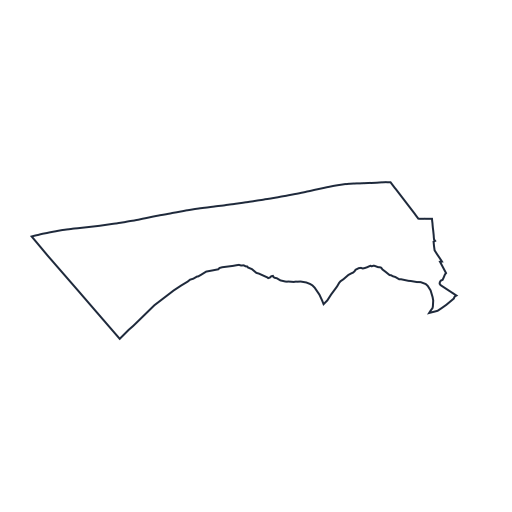 outline of Mostardas, Rio Grande do Sul, Brazil, rotated 229°
{"feature_id": "56859067B36086457768432", "entity_name": "Mostardas", "entity_type": "district", "adm_level": 2, "iso_a3": "BRA", "parent_name": "Brazil", "parent_adm1": "Rio Grande do Sul", "projection": "albers", "projection_center": [-50.76, -30.853], "detail": "fine", "context": "isolated", "style": "outline", "palette": "slate", "viewbox_px": 512, "rotation_deg": 229, "n_neighbors": 0, "source": "geoboundaries", "source_scale": "gbopen_adm2", "svg_char_len": 3966}
<svg xmlns="http://www.w3.org/2000/svg" viewBox="0 0 512 512"><g transform="rotate(229 256 256)"><path d="M417.9,99.5L393.2,99.0L374.4,99.0L371.4,99.0L345.7,99.0L320.9,98.9L282.9,98.8L283.8,111.5L283.8,117.5L285.5,147.1L284.4,164.6L284.0,171.3L282.8,180.3L281.5,187.7L281.4,190.7L280.0,193.8L279.2,198.0L278.5,199.0L277.9,202.0L276.9,208.2L273.6,213.8L271.6,217.3L270.7,218.8L270.9,220.6L269.7,223.1L263.6,232.2L261.9,235.1L260.5,237.3L258.6,238.5L257.0,240.6L255.0,241.4L253.8,242.5L252.6,242.4L248.8,244.3L243.0,245.2L240.9,246.6L232.4,250.5L231.3,250.7L230.6,252.4L230.7,254.2L229.9,255.7L228.6,255.4L227.3,255.8L225.6,257.1L221.6,258.4L217.6,261.3L216.3,262.5L215.6,263.6L211.7,267.4L210.5,269.3L209.5,270.3L207.5,272.9L203.0,276.6L199.3,278.5L196.8,279.3L193.6,279.5L185.2,278.5L179.0,276.7L175.3,275.4L175.7,280.7L177.7,287.6L179.4,295.3L179.9,297.4L181.2,301.2L181.5,303.2L181.1,306.8L181.1,313.3L180.3,316.8L179.8,318.2L179.8,320.4L180.3,322.1L179.4,325.6L178.2,327.4L176.5,328.4L175.5,330.3L174.6,332.5L174.0,334.6L173.5,336.0L172.4,336.5L171.4,338.6L170.1,339.4L167.5,340.8L166.1,342.2L165.0,342.8L162.9,342.6L159.1,343.4L154.0,344.3L152.7,345.4L151.1,345.9L148.7,347.4L144.5,348.8L143.3,350.2L137.2,354.8L135.6,356.4L130.7,360.4L128.3,363.1L123.5,365.7L120.8,366.0L115.5,365.2L109.1,362.3L106.1,360.5L101.9,356.4L100.9,355.1L100.2,352.0L99.4,349.3L95.5,357.1L94.9,361.7L94.3,367.5L94.1,377.4L94.8,378.6L95.0,379.9L94.7,381.3L111.8,376.5L113.0,376.2L114.6,376.4L115.6,377.5L116.2,379.3L115.6,381.2L116.4,383.0L117.0,384.3L117.6,385.4L118.2,386.8L118.4,388.2L130.9,391.1L129.8,392.7L134.2,393.3L138.5,393.8L143.1,394.5L146.9,397.0L150.3,399.4L149.9,401.1L151.6,401.2L153.1,402.2L155.2,403.8L157.2,405.2L158.9,406.4L161.3,408.0L163.4,409.5L165.0,410.7L166.8,411.9L168.6,413.2L169.9,411.7L171.1,410.4L172.2,409.1L173.3,407.9L174.4,406.6L175.5,405.3L176.5,404.1L177.7,403.0L179.1,403.1L180.6,403.2L182.0,403.3L183.9,403.5L214.8,405.4L216.3,405.4L223.4,405.9L225.2,403.8L226.6,402.4L227.8,400.8L229.2,399.1L230.7,397.1L231.7,395.7L233.5,393.4L235.3,391.1L236.5,389.8L237.7,388.3L239.1,386.5L240.3,385.0L241.3,383.8L242.5,382.2L243.6,380.9L244.9,379.4L245.9,378.1L247.3,376.4L248.4,374.9L249.6,373.4L250.6,371.9L251.9,370.3L253.2,368.2L254.6,366.0L255.7,364.3L257.0,362.2L258.1,360.4L259.5,357.9L260.5,356.1L261.3,354.8L262.1,353.3L262.9,351.8L263.9,350.0L264.9,348.2L266.3,345.7L267.1,344.3L268.0,342.6L268.8,341.0L269.7,339.3L270.4,338.1L271.2,336.8L272.0,335.1L272.9,333.5L273.9,331.8L274.9,329.9L276.1,327.8L277.3,325.9L278.5,323.8L279.5,322.1L280.5,320.4L281.8,318.0L283.1,316.0L284.4,313.9L286.1,310.8L287.1,309.2L288.0,307.7L288.8,306.4L289.8,304.7L290.9,303.0L291.6,301.9L292.8,300.2L293.4,299.0L294.1,297.8L294.8,296.7L296.1,294.8L297.0,293.4L297.9,291.9L298.6,290.8L299.2,289.7L300.4,287.9L301.2,286.7L302.2,285.0L303.4,283.3L304.2,282.0L305.0,280.7L306.1,279.0L307.1,277.5L307.8,276.4L308.8,274.9L309.9,273.1L311.1,271.4L312.0,270.1L312.9,268.7L313.8,267.4L315.0,265.3L316.2,263.5L317.8,261.3L318.8,259.9L320.0,258.1L321.0,256.5L322.3,254.6L323.4,252.9L324.5,251.2L325.6,249.6L326.6,248.2L327.6,246.7L328.9,244.8L329.7,243.5L330.9,241.7L331.8,240.3L332.8,238.6L334.2,236.3L335.4,234.4L336.1,233.4L337.3,231.2L338.1,229.8L339.0,228.3L340.0,226.6L341.1,224.7L342.3,222.8L343.3,221.2L344.2,219.4L345.6,217.1L346.5,215.5L347.6,213.7L348.6,212.1L349.7,210.4L350.4,209.1L351.6,207.1L353.5,203.8L355.8,199.6L357.2,197.1L358.4,195.1L359.4,193.2L360.5,191.1L361.8,189.0L362.7,187.3L364.0,185.4L364.9,184.0L365.6,182.9L366.7,181.0L367.7,179.1L369.0,177.1L369.8,175.8L371.0,174.0L372.0,172.2L373.1,170.7L374.3,168.9L381.6,157.5L393.4,140.4L394.3,139.1L395.6,137.4L396.8,135.7L397.5,134.5L399.1,132.1L400.1,130.7L401.6,128.4L402.7,126.8L404.0,124.6L405.3,122.4L406.2,120.8L407.3,119.0L408.3,117.3L409.3,115.6L410.5,113.3L411.6,111.5L412.7,109.7L413.9,107.4L414.7,105.6L415.8,103.7L416.6,102.2L417.9,99.5Z" fill="none" stroke="#1e293b" stroke-width="2"/></g></svg>